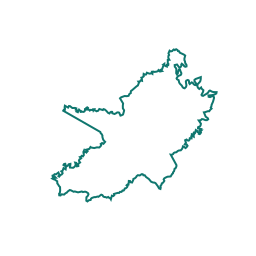 Nova Laranjeiras, Paraná, Brazil, rotated 29°
{"feature_id": "56859067B29997737788268", "entity_name": "Nova Laranjeiras", "entity_type": "district", "adm_level": 2, "iso_a3": "BRA", "parent_name": "Brazil", "parent_adm1": "Paraná", "projection": "natural_earth1", "projection_center": [-52.589, -25.226], "detail": "fine", "context": "isolated", "style": "outline", "palette": "teal", "viewbox_px": 256, "rotation_deg": 29, "n_neighbors": 0, "source": "geoboundaries", "source_scale": "gbopen_adm2", "svg_char_len": 5873}
<svg xmlns="http://www.w3.org/2000/svg" viewBox="0 0 256 256"><g transform="rotate(29 128 128)"><path d="M114.6,82.4L115.6,83.0L116.0,86.0L115.2,87.6L113.2,93.1L112.7,94.0L112.9,95.2L113.5,96.0L112.7,97.8L112.9,99.6L111.6,100.7L109.5,101.7L107.1,104.5L106.6,105.9L111.8,108.9L112.7,111.1L114.0,113.3L116.0,114.4L116.4,115.5L117.1,118.6L116.2,120.0L115.4,120.8L112.9,118.9L111.8,119.1L111.0,119.6L110.4,120.9L109.4,122.3L107.1,122.7L106.3,121.6L105.4,122.0L104.9,122.9L104.7,124.3L103.2,124.4L100.7,123.5L98.6,123.1L97.4,123.4L97.3,124.5L93.7,125.3L93.5,127.4L92.4,128.6L90.6,128.5L89.2,129.3L88.0,129.6L86.6,130.2L86.1,131.3L85.0,130.9L83.7,131.5L83.3,129.8L82.3,129.7L81.7,130.9L82.1,132.3L81.3,132.5L81.8,133.4L81.9,134.5L81.4,135.4L80.2,135.9L78.9,136.8L78.4,135.9L77.5,136.1L76.3,135.7L76.5,138.5L74.8,138.6L74.6,137.2L73.4,137.3L73.2,135.9L72.0,136.1L69.6,137.5L66.7,137.0L65.7,137.4L65.7,139.2L62.0,139.1L62.5,140.6L63.5,141.6L63.9,142.7L63.0,143.1L63.0,144.3L105.7,144.9L106.8,145.9L107.7,146.0L109.3,147.0L109.9,148.2L111.6,149.9L112.9,150.7L114.7,151.2L114.2,153.7L112.6,153.7L111.9,155.2L112.8,155.7L112.9,157.1L112.3,159.0L110.2,160.0L108.2,161.9L105.4,162.9L104.4,162.8L104.3,165.0L101.9,167.3L103.9,167.8L103.5,169.6L102.3,169.2L101.7,170.5L100.5,169.3L100.6,170.6L102.5,173.1L102.3,174.7L101.0,174.8L100.9,175.9L100.1,176.7L101.7,177.3L100.7,179.2L101.0,180.5L102.8,181.4L101.6,183.8L102.4,184.4L103.0,185.4L101.9,186.3L101.0,185.5L99.6,183.6L98.6,183.9L99.6,184.8L100.1,185.9L100.2,187.0L99.8,188.5L99.3,189.4L96.4,190.7L95.8,189.9L95.5,188.2L95.0,187.3L93.7,188.5L93.6,190.1L92.9,191.3L91.9,191.7L92.9,192.9L93.5,194.4L91.1,194.3L91.5,197.1L90.7,198.2L92.1,198.6L92.8,199.4L92.5,200.8L91.7,201.9L91.4,203.9L90.5,203.8L90.8,202.3L88.7,200.7L87.5,203.4L86.2,204.0L85.9,205.3L85.1,206.2L85.7,207.0L87.6,206.1L89.0,206.5L87.3,207.6L86.4,208.9L87.8,208.9L88.7,208.6L91.9,208.9L93.1,210.8L94.2,211.2L95.6,212.1L97.2,212.6L99.0,215.6L99.8,217.7L99.6,218.9L100.5,220.2L101.7,219.7L101.9,218.3L104.4,217.2L105.0,215.3L105.8,214.2L106.0,212.9L107.1,210.5L108.2,210.2L111.4,210.1L112.2,209.3L115.5,208.5L118.4,205.9L119.6,205.9L121.3,204.5L122.6,204.2L124.8,204.4L125.6,205.2L125.7,207.0L125.2,208.7L126.8,211.8L128.1,211.9L128.9,210.0L130.2,209.1L129.9,207.7L130.4,206.6L132.0,204.8L132.9,204.4L134.6,202.7L135.5,202.5L136.9,199.3L138.1,199.1L139.7,199.9L140.9,199.8L141.9,199.3L143.2,199.2L144.1,197.9L145.2,198.2L146.5,198.0L147.6,198.7L146.7,195.0L148.1,194.7L148.6,193.5L147.7,192.5L150.5,189.7L151.7,189.1L151.9,187.8L153.3,187.0L153.5,185.3L154.5,184.9L154.7,183.8L154.5,182.5L155.4,181.6L155.9,180.1L155.7,178.8L154.6,178.7L155.0,177.5L155.8,177.1L154.4,173.9L155.6,173.4L156.6,174.2L158.0,173.7L157.8,171.0L157.4,169.9L158.3,168.8L158.9,167.2L158.9,165.9L159.5,164.5L161.3,163.8L162.3,161.8L163.3,161.3L164.4,161.9L165.5,161.2L167.5,162.1L171.0,162.5L174.3,163.8L176.4,163.5L177.7,162.9L178.9,162.9L182.2,164.4L184.5,165.8L185.9,165.6L185.5,164.2L184.5,163.0L184.8,161.2L184.4,160.1L185.2,158.7L185.4,156.6L184.1,155.7L184.1,154.6L184.8,153.3L186.1,151.5L188.8,149.7L188.9,146.8L189.3,145.9L188.9,145.0L189.2,143.4L188.5,141.0L189.1,140.2L189.0,138.3L188.4,137.0L178.3,130.6L179.3,130.2L180.1,128.9L180.1,127.8L180.6,126.9L182.1,125.7L182.6,124.1L183.3,123.1L185.0,121.9L185.4,120.1L185.3,118.4L184.9,117.4L185.7,117.1L188.0,117.7L188.5,116.6L188.7,114.7L187.4,114.0L186.5,114.6L185.6,114.7L185.8,112.8L183.9,111.0L184.8,109.7L186.0,110.0L187.2,109.6L187.5,108.4L187.0,107.0L188.6,106.3L188.2,105.5L187.3,104.6L187.4,103.6L186.9,102.6L187.9,102.5L188.4,103.7L189.7,103.7L188.8,102.3L188.9,100.9L187.9,101.3L187.8,100.0L189.0,99.6L188.3,96.9L189.9,97.0L190.9,97.9L192.3,97.2L192.8,98.8L193.7,98.6L194.0,97.6L194.0,96.5L193.0,95.9L193.4,94.4L192.0,95.0L192.3,93.5L189.4,94.4L188.9,93.3L190.2,91.6L190.2,90.5L189.7,88.9L186.2,87.1L187.7,86.2L188.3,84.4L189.5,83.9L191.8,83.6L193.2,82.9L193.9,81.5L193.2,80.8L190.4,80.4L186.8,77.5L187.7,76.8L189.7,74.6L190.9,74.0L191.1,72.1L191.7,70.5L190.5,70.0L190.4,68.5L189.9,67.3L189.6,63.8L188.8,60.4L188.3,59.4L187.5,59.0L186.1,59.4L184.8,61.2L183.4,61.6L182.6,60.5L185.3,58.7L187.3,56.9L188.5,55.0L188.1,53.7L185.4,55.1L184.0,55.5L181.5,55.5L180.9,56.5L180.9,58.3L180.1,60.0L178.1,63.5L177.1,63.8L176.2,63.4L176.1,59.9L175.6,58.4L173.2,57.9L172.3,57.1L171.4,59.3L170.0,59.0L168.9,58.3L168.1,57.3L167.7,55.7L168.4,53.2L168.5,51.9L167.9,49.9L167.0,48.2L163.5,52.2L162.8,53.6L163.4,54.8L165.9,56.0L166.6,57.6L165.5,58.0L164.2,57.9L163.0,57.2L161.6,57.2L160.7,59.6L159.6,59.0L158.7,57.5L157.8,56.9L156.9,57.1L156.0,58.3L156.1,59.4L158.5,62.5L158.8,63.9L158.3,65.8L157.2,66.1L156.0,65.8L154.4,64.8L152.2,64.2L150.8,63.5L149.1,61.6L147.2,61.6L146.4,61.0L146.4,59.8L146.8,58.1L148.4,56.1L148.4,54.8L147.9,54.0L146.6,53.1L145.1,51.7L144.2,52.1L144.5,54.7L145.1,56.0L144.8,57.4L143.6,56.7L141.7,53.0L140.7,52.3L139.2,51.7L138.3,50.3L140.1,48.7L143.0,50.0L144.0,50.0L144.5,49.0L144.5,47.5L143.8,46.7L143.9,45.7L146.3,46.1L147.2,46.7L148.4,46.7L149.3,45.8L148.7,44.6L146.4,43.3L145.5,42.0L144.6,41.5L143.7,40.0L142.9,36.9L141.2,36.7L136.7,37.0L135.6,36.1L134.4,36.5L133.5,35.8L131.9,35.8L131.2,37.2L130.0,37.1L129.6,38.0L129.4,39.2L128.3,40.3L126.9,40.2L127.2,43.1L128.6,44.2L128.4,45.4L129.3,47.2L131.1,48.3L129.8,49.2L131.5,52.2L132.3,52.4L132.7,53.5L131.3,54.0L132.2,55.4L131.3,55.6L129.1,55.5L128.8,56.9L129.3,59.9L128.4,61.3L130.2,61.7L128.6,63.1L126.6,62.6L126.6,63.8L125.6,64.9L124.0,66.1L122.8,66.4L121.8,67.1L122.6,67.7L123.1,68.8L121.7,68.7L121.0,69.7L120.2,70.1L117.7,70.5L117.9,72.4L117.0,73.1L115.5,73.1L116.0,74.4L116.7,75.2L116.0,76.8L115.3,77.5L116.2,78.2L117.4,79.9L116.0,80.2L115.8,81.7L114.6,82.4ZM91.9,191.7L91.2,190.4L90.5,189.7L89.6,190.4L89.5,191.6L91.9,191.7ZM129.1,55.5L128.6,54.4L128.1,55.5L129.1,55.5ZM89.2,129.3L89.3,128.0L88.5,128.5L89.2,129.3Z" fill="none" stroke="#0f766e" stroke-width="2"/></g></svg>